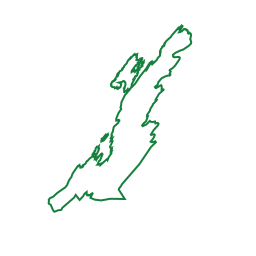 the district of Tranøy nor, Troms, Norway, rotated 135°
{"feature_id": "86288312B72673303782724", "entity_name": "Tranøy nor", "entity_type": "district", "adm_level": 2, "iso_a3": "NOR", "parent_name": "Norway", "parent_adm1": "Troms", "projection": "robinson", "projection_center": [17.384, 69.178], "detail": "fine", "context": "isolated", "style": "outline", "palette": "green", "viewbox_px": 256, "rotation_deg": 135, "n_neighbors": 0, "source": "geoboundaries", "source_scale": "gbopen_adm2", "svg_char_len": 5892}
<svg xmlns="http://www.w3.org/2000/svg" viewBox="0 0 256 256"><g transform="rotate(135 128 128)"><path d="M180.5,80.1L178.1,91.0L177.2,91.5L173.4,92.0L172.3,92.5L145.4,94.4L125.2,98.3L118.4,98.2L118.1,99.3L120.9,100.8L121.6,102.3L117.4,102.8L114.1,104.0L113.8,104.8L114.0,105.2L116.6,106.8L116.5,107.2L111.1,108.4L105.0,108.7L103.5,109.3L103.3,109.9L103.6,110.8L105.4,111.9L104.3,113.5L106.8,115.1L107.4,116.2L107.5,117.6L112.5,117.5L116.3,118.9L116.2,119.8L113.4,120.2L110.4,120.0L105.6,122.3L106.3,122.9L105.1,123.8L100.1,124.8L98.7,125.7L94.3,126.7L93.7,127.2L88.4,127.3L88.1,127.4L89.1,128.1L88.9,128.4L85.9,129.2L81.9,130.2L76.2,129.8L74.9,130.4L76.7,130.3L77.4,131.1L75.1,133.2L74.4,134.1L74.3,134.9L80.0,136.4L80.2,136.8L80.0,138.0L76.4,137.7L74.0,139.0L69.0,139.4L64.8,138.0L61.8,136.3L61.7,135.7L60.6,135.6L60.5,136.2L59.9,136.3L59.9,137.1L57.8,137.8L57.9,139.2L57.3,139.5L54.3,138.8L50.6,138.8L43.5,140.1L41.7,140.9L41.7,142.3L45.1,145.1L45.5,145.9L45.2,146.2L45.5,146.7L44.4,148.0L41.3,147.6L36.2,145.8L33.4,144.4L26.7,143.1L23.7,143.2L22.7,143.9L21.4,146.1L21.3,146.7L17.9,148.9L17.2,149.8L16.9,150.8L18.0,151.4L17.6,152.1L18.4,152.1L18.5,152.7L17.7,153.2L17.5,154.6L16.9,154.8L16.9,155.5L17.3,155.5L17.9,157.3L17.5,157.3L17.9,158.3L17.5,158.4L21.7,158.3L22.8,159.1L24.0,158.7L23.5,159.2L23.8,159.4L21.7,159.6L21.6,159.9L22.5,160.1L21.2,160.5L21.5,160.9L18.6,160.9L19.8,161.2L19.8,161.4L18.5,161.2L16.6,161.6L18.8,161.9L18.3,162.5L19.7,162.5L19.4,162.7L20.7,162.4L23.3,162.8L22.9,163.1L32.1,162.5L32.9,162.1L39.5,162.4L42.5,162.0L42.7,161.9L42.3,161.6L44.4,160.5L45.7,160.9L45.2,161.2L45.6,161.4L46.0,161.3L45.9,160.9L48.7,160.6L51.0,159.7L51.4,159.3L50.1,159.5L54.3,156.5L57.5,156.5L59.0,155.8L65.0,155.9L64.5,156.3L65.3,156.4L65.1,156.8L66.8,156.9L65.4,157.2L65.7,157.3L65.1,157.7L65.8,157.4L66.4,157.6L65.2,157.9L65.0,158.0L65.4,158.2L65.0,158.4L66.6,158.7L67.2,158.2L66.9,157.6L68.0,157.4L67.5,157.9L69.0,158.1L68.0,158.5L68.3,158.5L69.2,158.0L72.1,157.4L72.8,156.9L72.8,156.3L72.5,156.2L74.5,155.7L74.8,156.0L73.6,157.1L82.6,156.1L91.5,154.3L96.7,154.2L97.0,154.6L95.0,155.3L95.0,155.9L94.2,156.4L89.6,157.8L90.4,158.1L90.0,158.7L88.3,158.7L86.4,159.4L85.7,159.3L85.6,158.8L84.3,158.8L83.1,159.4L82.9,160.2L82.3,159.9L81.6,160.3L80.9,161.3L80.8,160.9L80.0,161.5L78.7,161.1L77.9,162.0L73.9,161.6L73.1,162.5L74.2,162.6L74.1,162.9L70.8,163.0L69.7,163.9L72.0,164.0L70.6,165.0L71.8,164.6L72.4,164.9L72.6,165.2L72.1,165.8L72.6,165.9L75.9,164.9L75.9,164.4L78.1,164.1L78.1,163.6L77.5,163.6L78.8,162.7L81.1,163.3L82.5,162.7L83.2,162.8L82.9,163.2L83.7,163.8L82.8,164.7L85.8,165.0L85.1,165.7L78.5,166.8L78.4,166.4L77.2,166.7L76.3,166.3L75.0,166.6L75.0,167.1L74.0,166.9L74.1,166.2L73.7,165.9L71.5,166.0L68.7,166.7L69.1,166.8L68.5,167.4L68.7,167.6L68.2,167.7L71.3,167.6L71.9,168.0L71.6,168.3L73.0,168.2L72.9,168.5L73.5,169.2L73.2,169.6L73.8,170.3L71.5,171.7L71.3,172.2L71.6,172.5L70.3,173.0L70.6,173.5L69.6,173.9L70.8,174.4L70.8,175.4L71.7,175.2L71.9,175.7L75.7,175.5L75.8,175.9L77.6,175.3L79.1,175.6L78.8,175.8L80.5,175.7L83.3,174.6L86.6,174.6L87.7,173.9L89.8,174.2L90.7,173.7L90.5,173.4L91.6,173.2L93.7,174.0L96.8,173.0L97.2,173.3L95.5,173.7L96.9,173.8L98.0,173.3L97.5,173.0L97.8,172.7L97.1,172.6L98.6,171.9L100.6,172.2L102.7,171.8L102.6,171.0L103.7,171.0L103.7,171.3L105.4,171.3L105.7,171.4L105.5,171.8L106.3,171.9L109.1,171.1L109.4,170.7L109.3,170.1L110.2,169.6L110.0,169.1L110.2,168.0L108.8,166.6L109.2,165.4L107.2,165.0L107.8,164.4L107.4,163.9L107.9,163.5L107.7,162.9L105.3,163.6L106.2,163.1L105.8,162.9L105.9,162.5L104.4,162.3L102.0,163.6L101.7,165.1L102.4,166.6L100.7,165.5L100.7,164.8L98.1,164.6L97.5,163.5L97.9,162.7L97.7,162.2L98.9,160.6L100.9,159.4L102.8,159.1L103.0,158.9L102.6,158.4L105.3,156.4L105.2,155.9L104.0,156.1L103.6,155.3L101.5,155.6L101.7,155.4L101.0,155.0L101.2,154.7L100.9,154.5L100.1,154.8L99.2,154.5L99.0,154.0L107.0,153.4L114.4,150.9L117.5,148.4L118.9,147.8L119.3,146.2L124.1,145.3L129.8,142.9L131.1,141.5L130.5,141.2L128.8,140.4L128.6,139.7L129.1,139.1L130.3,139.1L131.3,138.5L136.4,138.9L137.7,138.6L141.1,136.3L143.8,135.3L144.7,134.7L144.7,134.0L147.0,133.1L145.6,132.1L147.7,131.6L147.4,131.4L147.8,131.1L148.5,131.4L149.4,131.0L147.8,130.5L148.2,129.6L154.0,127.4L154.4,126.9L153.9,126.3L153.9,125.7L154.5,125.3L154.0,125.2L154.7,124.9L154.4,124.5L156.4,123.7L155.8,123.2L157.7,122.7L158.1,122.3L157.8,121.8L158.3,121.7L162.2,121.0L165.3,119.7L165.0,120.9L173.6,121.3L173.1,121.8L173.7,121.8L173.4,122.4L174.7,122.8L175.6,123.7L174.0,123.8L174.0,124.3L172.1,125.1L170.5,124.9L164.5,127.5L164.5,128.5L165.9,128.7L171.5,128.2L171.1,128.6L171.8,128.5L173.2,127.8L173.2,128.2L172.1,128.7L173.4,129.4L171.3,130.3L171.6,130.8L171.5,131.1L172.6,131.2L172.5,132.9L171.3,133.4L170.0,133.0L169.3,132.5L169.8,131.9L169.9,131.5L169.5,131.4L164.7,132.9L163.3,133.8L163.6,134.2L162.5,134.9L162.8,135.4L161.8,135.9L162.9,136.0L163.1,136.7L165.1,136.5L167.2,135.0L167.9,135.4L169.1,134.8L170.9,134.7L169.5,134.3L170.5,133.8L171.6,133.9L171.8,134.3L172.1,134.1L171.7,133.9L172.6,133.3L174.3,133.0L176.0,133.5L180.1,133.4L180.6,133.7L182.9,132.9L184.7,133.0L185.6,133.6L186.7,133.4L186.3,133.2L186.8,132.6L188.1,132.6L189.7,133.6L188.9,134.7L189.5,135.3L188.6,136.2L190.5,136.6L199.5,134.9L202.4,133.5L207.0,132.6L211.5,130.7L214.3,130.4L224.0,132.1L229.4,132.3L233.0,133.6L234.8,133.3L235.7,132.0L237.1,131.2L237.5,130.2L236.9,128.4L238.7,124.0L239.4,121.4L239.2,120.8L235.6,119.2L233.1,117.3L230.8,118.0L215.3,116.9L212.3,117.7L213.1,111.3L207.8,111.5L205.5,112.2L202.5,112.0L204.4,110.0L204.5,109.2L203.2,108.6L203.3,107.8L198.6,107.0L203.9,105.2L202.2,100.9L198.2,95.8L190.6,90.5L180.5,80.1ZM154.0,136.3L147.3,137.1L146.9,137.5L147.2,137.9L146.9,138.1L149.7,138.7L149.5,138.9L151.3,138.7L152.5,137.9L152.0,138.6L153.3,138.4L153.6,138.9L154.2,138.9L154.2,138.6L155.8,137.9L155.6,137.5L156.1,137.2L154.0,136.3Z" fill="none" stroke="#15803d" stroke-width="2"/></g></svg>